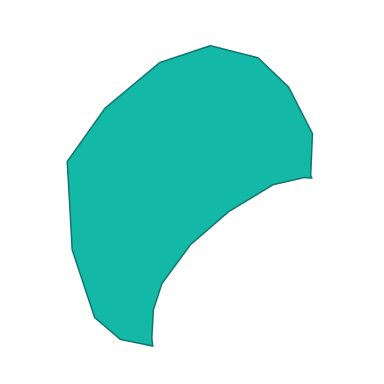 the district of Taean, P'yŏngan-namdo, North Korea, rotated 71°
{"feature_id": "82179303B55886689837874", "entity_name": "Taean", "entity_type": "district", "adm_level": 2, "iso_a3": "PRK", "parent_name": "North Korea", "parent_adm1": "P'yŏngan-namdo", "projection": "natural_earth1", "projection_center": [125.517, 38.825], "detail": "fine", "context": "isolated", "style": "filled", "palette": "teal", "viewbox_px": 384, "rotation_deg": 71, "n_neighbors": 0, "source": "geoboundaries", "source_scale": "gbopen_adm2", "svg_char_len": 423}
<svg xmlns="http://www.w3.org/2000/svg" viewBox="0 0 384 384"><g transform="rotate(71 192 192)"><path d="M217.8,74.3L214.7,74.3L176.1,59.1L124.3,66.5L86.6,85.9L59.6,127.1L59.1,180.3L84.4,246.8L122.6,300.1L160.4,310.7L207.6,324.1L279.0,324.9L308.1,307.7L324.9,279.3L317.1,277.6L290.8,266.9L268.7,250.2L241.2,210.4L222.5,163.7L211.5,113.0L214.8,81.4L217.8,74.3Z" fill="#14b8a6" stroke="#0f766e" stroke-width="1.5"/></g></svg>